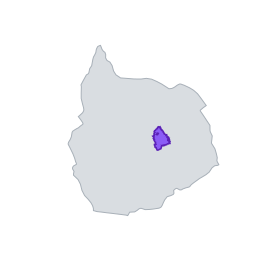 Chegutu, Mashonaland West, Zimbabwe shown in context, rotated 54°
{"feature_id": "62879985B20095614329171", "entity_name": "Chegutu", "entity_type": "district", "adm_level": 2, "iso_a3": "ZWE", "parent_name": "Zimbabwe", "parent_adm1": "Mashonaland West", "projection": "albers", "projection_center": [30.348, -18.189], "detail": "fine", "context": "in_parent", "style": "filled", "palette": "violet", "viewbox_px": 256, "rotation_deg": 54, "n_neighbors": 0, "source": "geoboundaries", "source_scale": "gbopen_adm2", "svg_char_len": 5871}
<svg xmlns="http://www.w3.org/2000/svg" viewBox="0 0 256 256"><g transform="rotate(54 128 128)"><path d="M174.5,204.5L172.6,203.2L170.0,202.3L166.7,201.9L162.4,202.1L157.1,202.8L151.4,201.9L145.4,199.5L140.3,198.7L134.3,199.8L134.1,199.8L133.0,199.0L131.4,197.2L128.6,196.9L127.9,196.5L127.3,195.9L126.9,195.0L126.7,194.1L127.1,191.2L126.9,190.9L126.1,190.5L124.6,190.2L121.0,188.9L116.4,187.7L109.0,186.4L106.2,186.0L105.5,185.6L104.6,184.5L103.2,181.2L101.8,179.0L98.6,175.7L98.1,174.6L98.2,171.9L98.4,169.7L98.7,167.9L98.5,166.1L98.4,164.0L98.5,162.5L98.1,161.9L96.9,161.5L93.6,161.4L89.6,161.5L89.4,159.3L89.0,155.9L88.2,154.0L87.3,153.0L85.4,152.0L81.7,150.6L76.6,148.5L72.2,145.3L67.1,141.4L65.5,140.7L63.6,136.9L60.6,130.5L60.8,128.3L60.3,127.2L57.5,124.1L56.9,122.5L56.3,120.8L51.9,116.2L50.3,114.2L49.1,111.6L47.9,109.5L47.0,108.7L45.7,107.3L44.8,105.7L44.3,104.5L44.6,102.8L45.0,101.7L49.2,102.8L51.5,102.8L53.2,102.2L55.5,102.9L58.1,104.9L61.0,105.3L64.1,103.9L68.2,104.2L73.5,106.2L77.9,106.5L83.1,104.6L87.6,99.3L91.9,94.3L96.1,88.6L98.6,84.0L102.4,80.2L107.4,77.3L112.5,74.8L120.3,71.8L121.8,69.3L122.3,66.6L122.3,62.9L122.7,60.5L123.5,59.4L124.8,58.6L126.5,57.4L131.6,54.6L135.9,52.8L141.2,51.6L147.0,51.5L152.6,51.5L155.8,51.5L155.8,55.1L156.1,59.1L156.7,59.5L160.9,59.6L167.6,59.9L174.1,60.2L178.2,63.1L179.6,63.7L183.9,64.5L189.3,69.4L195.9,69.9L200.4,71.5L204.4,73.2L206.7,75.3L208.1,75.7L210.2,75.9L211.1,76.1L210.9,77.5L209.5,80.0L209.6,83.4L211.4,88.3L211.6,92.5L210.9,99.9L210.9,107.1L211.0,109.7L211.3,111.4L211.7,112.3L211.6,113.4L210.4,116.4L209.5,119.6L209.5,120.8L209.1,121.7L208.5,122.5L205.6,123.9L205.1,124.8L205.1,126.5L205.4,127.9L206.5,128.4L207.8,129.2L208.3,130.2L208.2,131.3L207.8,133.3L206.6,136.6L207.7,140.5L209.0,143.0L210.7,145.9L211.4,147.7L211.3,149.0L211.0,150.2L208.3,155.4L206.4,158.7L204.1,162.1L201.0,164.3L200.2,165.3L199.9,166.5L200.0,169.2L199.8,171.9L197.1,176.1L198.7,179.7L198.3,180.1L197.5,180.6L193.7,184.6L189.9,188.7L187.1,191.7L184.0,195.1L180.4,198.9L177.4,202.2L174.5,204.5Z" fill="#d9dde1" stroke="#a8b0b8" stroke-width="1"/><path d="M161.6,101.4L161.4,101.3L161.4,101.1L161.2,101.1L160.9,101.0L160.9,101.4L160.9,101.5L160.8,101.4L160.7,101.3L160.7,101.1L160.4,101.0L160.3,100.9L160.2,100.9L160.1,101.1L160.2,101.5L160.0,101.4L159.9,101.4L159.9,101.2L159.8,101.3L159.7,101.2L159.4,101.0L159.3,100.9L159.1,101.1L159.2,101.4L159.4,101.6L159.5,101.8L159.4,101.8L159.3,101.7L159.1,101.7L158.9,101.3L158.8,101.6L158.7,101.9L158.6,102.0L158.4,101.9L158.3,101.3L157.7,101.3L157.8,101.1L157.7,101.1L157.2,101.1L156.9,101.0L156.4,101.1L156.3,101.4L156.0,100.8L155.7,101.2L155.4,101.4L155.1,101.6L154.8,101.7L154.6,101.9L154.4,101.8L154.1,101.8L153.9,101.8L153.8,102.0L153.7,101.9L153.6,102.0L153.5,101.9L153.4,101.9L153.2,101.8L152.9,101.9L152.7,101.9L152.4,101.8L152.3,101.7L152.1,101.8L152.1,101.7L151.9,101.7L151.7,101.6L151.2,101.6L150.9,101.6L150.7,101.5L150.4,101.6L150.3,101.8L150.2,101.8L150.0,102.0L149.9,101.9L149.8,101.7L149.7,101.7L149.5,101.8L149.5,101.6L149.4,101.6L149.1,101.7L148.9,101.8L148.8,102.0L148.7,101.9L148.5,102.0L148.4,101.9L148.2,101.8L148.0,102.0L147.9,101.8L147.7,101.8L147.2,101.7L147.1,101.8L146.9,101.7L146.8,101.8L146.8,101.7L146.6,101.8L146.5,101.7L146.4,101.8L146.2,101.8L146.1,101.7L146.1,101.8L145.9,101.8L145.5,102.0L145.3,102.0L145.2,102.1L145.1,102.3L145.2,102.5L144.9,102.6L144.9,102.8L145.0,102.8L145.0,103.0L145.1,103.4L145.0,103.5L144.9,103.6L145.2,103.9L145.3,104.5L145.5,104.6L145.4,104.7L145.4,104.8L145.5,104.9L145.7,105.0L145.6,105.4L145.6,105.7L145.5,105.8L145.5,106.0L145.6,106.3L145.7,106.5L145.8,106.6L145.8,106.8L145.9,107.0L146.0,107.2L145.8,107.4L145.8,107.5L145.9,107.8L145.8,108.1L145.9,108.3L146.0,108.4L146.1,108.6L146.3,108.9L146.4,109.1L146.5,109.1L147.4,108.9L147.4,109.1L147.2,109.3L147.8,110.2L148.0,110.0L148.6,110.7L149.0,110.4L149.1,111.3L149.3,111.0L149.7,111.6L149.9,111.6L149.9,111.9L149.6,112.3L149.3,112.8L151.4,112.7L151.4,113.7L151.5,113.7L151.6,113.4L151.6,113.5L151.8,113.5L152.0,113.6L152.3,113.5L152.5,113.5L152.4,113.6L152.5,113.6L152.6,113.9L152.7,114.0L153.5,114.2L154.4,114.3L154.9,114.3L155.4,114.4L155.8,114.1L156.5,114.8L157.5,114.9L156.8,116.3L157.0,116.4L157.2,116.5L157.3,116.6L157.5,116.7L157.8,116.5L157.9,116.8L157.9,116.7L158.0,116.7L158.4,116.9L158.5,116.9L158.9,117.1L159.0,117.2L159.1,117.3L159.2,117.2L159.4,117.3L159.5,117.2L159.8,117.0L159.8,116.9L159.8,117.0L160.0,116.9L160.0,117.0L160.2,116.9L160.3,117.0L160.4,116.9L160.6,116.9L160.8,116.9L161.0,117.0L161.3,117.1L161.5,117.1L161.8,117.1L162.0,117.2L162.1,117.3L162.4,117.3L162.6,117.3L162.8,117.3L163.0,117.4L163.3,117.0L163.3,116.9L163.7,116.3L163.7,116.2L163.7,115.9L163.8,115.1L163.8,114.2L164.0,114.1L164.2,113.9L164.2,113.7L164.0,113.4L163.9,113.2L163.7,113.0L163.7,112.9L163.5,112.6L163.4,112.6L163.2,112.5L163.2,112.4L162.9,112.3L162.8,112.2L162.7,112.0L162.7,111.8L162.5,111.6L162.4,111.4L162.3,111.2L162.2,111.0L162.3,110.9L162.2,110.9L162.3,110.8L162.3,110.7L162.2,110.5L162.2,110.3L162.3,110.2L162.5,110.1L162.8,109.9L162.9,109.7L163.1,109.6L163.3,109.4L163.4,109.2L163.5,109.1L163.6,108.9L163.7,108.7L163.4,108.4L163.5,108.2L163.4,108.2L163.5,108.1L163.5,107.9L163.6,107.7L163.6,107.3L163.7,107.2L163.8,107.1L164.2,107.0L164.3,106.9L164.5,106.8L164.4,106.8L164.3,106.7L164.2,106.6L164.3,106.4L164.1,106.0L164.1,105.9L163.9,105.6L163.9,105.4L164.8,104.4L164.6,103.7L165.1,103.1L164.8,103.0L164.5,103.6L163.4,103.1L163.1,102.7L163.8,102.1L163.6,101.8L163.3,101.8L162.7,102.5L162.3,102.4L161.4,103.2L160.9,102.9L160.7,102.5L161.2,101.7L161.6,101.4ZM150.3,106.7L150.4,106.9L150.4,107.0L150.2,107.1L150.3,107.2L150.4,107.3L150.5,107.3L150.8,107.3L150.7,107.3L150.7,107.5L150.8,107.8L150.6,108.4L150.2,108.7L149.8,108.3L149.6,108.0L149.8,107.9L149.3,107.3L150.0,106.7L150.1,106.8L150.3,106.7Z" fill="#8b5cf6" stroke="#5b21b6" stroke-width="1.5"/></g></svg>